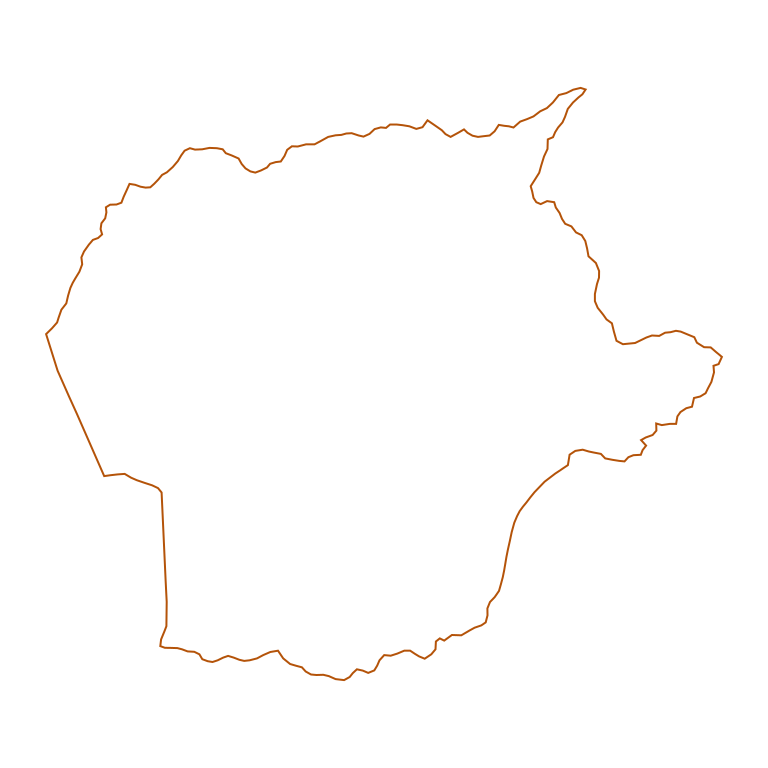 Silva Jardim, Rio de Janeiro, Brazil (Mercator projection)
{"feature_id": "56859067B6449938642044", "entity_name": "Silva Jardim", "entity_type": "district", "adm_level": 2, "iso_a3": "BRA", "parent_name": "Brazil", "parent_adm1": "Rio de Janeiro", "projection": "mercator", "projection_center": [-42.381, -22.568], "detail": "fine", "context": "isolated", "style": "outline", "palette": "amber", "viewbox_px": 768, "rotation_deg": 0, "n_neighbors": 0, "source": "geoboundaries", "source_scale": "gbopen_adm2", "svg_char_len": 3820}
<svg xmlns="http://www.w3.org/2000/svg" viewBox="0 0 768 768"><path d="M721.9,356.9L716.0,352.0L710.7,347.4L704.1,347.2L696.9,342.7L694.3,337.2L688.2,334.7L680.7,331.6L675.9,330.8L670.5,332.2L665.1,332.7L659.2,335.9L652.0,335.5L646.4,337.5L635.1,343.0L622.9,344.2L616.5,340.8L613.9,331.6L611.9,323.3L606.5,319.4L603.2,314.7L597.7,307.8L594.9,301.2L594.9,294.0L597.0,284.0L599.0,277.7L599.1,271.0L595.9,263.0L588.5,256.3L587.1,248.5L585.3,241.0L581.7,235.2L576.0,232.4L571.4,226.4L565.2,223.8L562.0,218.9L559.6,213.0L555.8,207.5L554.2,202.2L547.1,201.1L540.7,204.1L536.3,202.2L533.5,197.9L532.2,191.5L530.7,186.2L535.1,179.3L539.2,172.8L541.2,165.6L544.0,156.5L547.5,149.0L547.8,139.4L553.0,137.2L555.2,132.1L558.1,127.5L562.5,122.4L565.0,116.9L567.8,108.9L573.0,102.5L578.4,97.5L582.4,94.3L585.6,89.5L580.6,87.9L573.2,89.7L566.3,93.1L558.9,95.0L552.9,102.5L546.9,108.1L540.2,111.3L533.5,116.4L527.1,119.1L520.2,121.6L513.5,127.5L508.9,126.3L504.2,125.8L498.8,124.9L494.6,131.3L489.7,135.5L483.6,136.2L478.0,136.9L472.5,135.7L467.5,132.8L464.0,129.4L458.3,132.7L450.6,136.9L445.5,134.1L441.8,130.2L434.9,125.4L427.5,120.3L422.5,127.2L416.3,128.9L409.4,126.3L402.7,125.2L396.5,124.5L390.1,124.5L386.0,127.9L380.8,127.4L374.6,129.1L369.5,133.9L363.5,136.6L358.7,135.5L351.7,133.2L346.3,133.5L341.3,134.9L335.6,135.3L328.2,136.9L320.8,141.0L314.6,144.3L306.2,144.3L297.8,146.5L291.9,146.3L287.2,149.8L284.5,156.0L280.8,161.5L275.7,162.1L270.1,163.8L267.0,167.5L260.9,170.5L255.3,172.6L250.4,171.4L245.5,168.4L241.7,164.0L238.6,158.5L231.6,155.4L225.8,153.2L222.7,149.3L216.9,148.2L209.5,147.9L202.2,149.3L195.0,149.6L189.9,148.2L184.6,150.7L181.2,155.4L177.9,161.0L172.8,167.0L166.9,172.3L162.1,174.9L158.5,179.3L154.3,183.7L150.3,187.3L145.6,187.6L140.5,186.7L135.2,184.8L129.5,183.9L126.5,190.6L123.7,196.7L121.4,202.7L116.5,204.5L110.1,204.7L105.9,207.3L106.4,212.4L105.2,218.3L101.4,223.3L100.6,229.1L102.1,234.4L98.1,238.0L92.9,239.9L88.9,244.6L84.0,251.5L81.4,257.4L82.2,264.3L79.4,271.7L75.3,278.4L72.7,282.9L70.4,287.9L68.1,295.6L66.3,303.4L61.4,309.7L58.6,317.7L57.1,322.5L52.0,328.3L46.1,334.1L57.6,370.7L68.8,396.0L77.1,414.3L104.2,476.1L110.6,475.2L117.7,474.4L124.7,473.9L131.1,477.7L136.8,480.2L144.4,482.8L152.1,485.3L158.0,488.1L161.6,492.5L165.7,582.1L166.7,601.8L166.4,626.2L164.4,631.4L161.1,639.4L160.3,646.1L164.9,647.8L170.8,647.9L177.4,648.1L182.0,649.3L187.6,651.4L194.3,651.8L199.4,654.3L202.3,659.2L207.7,661.2L212.5,662.0L217.7,660.3L223.2,657.6L228.1,655.9L233.7,657.6L239.4,659.8L244.2,660.9L249.6,660.3L257.0,658.4L263.2,655.1L270.3,652.0L278.0,650.7L283.2,658.4L290.1,664.0L296.2,665.8L301.9,667.3L305.7,671.5L311.0,674.5L316.4,675.0L323.3,674.8L328.8,676.1L335.6,679.1L344.1,680.1L349.7,677.0L352.8,673.1L356.9,669.3L362.8,670.6L368.2,672.9L374.3,670.4L377.2,665.6L379.5,660.3L384.2,655.1L390.7,655.7L397.3,653.6L404.2,650.7L410.2,650.7L415.0,653.9L419.1,656.4L424.7,658.7L431.3,654.3L435.5,649.3L435.9,641.5L439.8,638.4L444.2,640.6L451.9,635.0L461.3,635.3L469.7,630.4L474.6,627.7L481.3,625.4L485.7,622.4L487.5,615.4L487.4,608.4L490.0,602.0L494.7,597.1L499.0,590.9L500.8,584.6L502.8,577.1L504.1,570.7L505.2,564.3L506.4,557.1L507.9,549.6L509.9,540.7L511.7,532.1L514.3,522.7L517.1,516.1L519.7,511.1L523.0,506.6L526.4,502.5L530.2,497.5L534.5,492.2L544.6,481.7L555.2,473.6L559.3,470.9L563.4,468.1L567.9,465.1L569.6,454.7L575.3,450.9L582.7,449.7L588.8,451.5L593.6,452.5L600.9,453.9L605.2,458.4L612.4,459.8L619.3,460.9L624.5,461.4L628.4,457.2L633.4,455.2L640.8,454.8L642.6,450.1L646.1,445.6L641.1,440.1L645.7,437.5L652.6,435.0L656.4,430.6L656.2,423.5L661.8,425.1L669.7,423.9L676.1,423.9L677.4,416.4L680.5,412.0L686.3,408.2L692.0,406.7L694.0,398.0L700.2,396.5L705.6,393.2L708.2,387.9L711.4,381.9L714.0,372.4L713.5,365.8L718.6,364.1L721.9,356.9Z" fill="none" stroke="#b45309" stroke-width="2"/></svg>